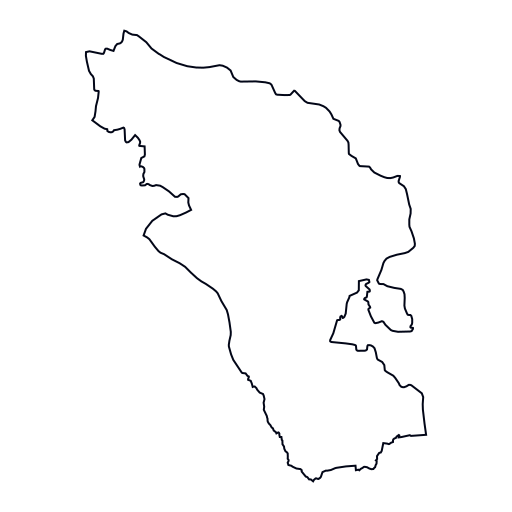 Nam Dan, Nghệ An, Vietnam (Robinson projection)
{"feature_id": "81297802B54877143810300", "entity_name": "Nam Dan", "entity_type": "district", "adm_level": 2, "iso_a3": "VNM", "parent_name": "Vietnam", "parent_adm1": "Nghệ An", "projection": "robinson", "projection_center": [105.532, 18.674], "detail": "fine", "context": "isolated", "style": "outline", "palette": "ink", "viewbox_px": 512, "rotation_deg": 0, "n_neighbors": 0, "source": "geoboundaries", "source_scale": "gbopen_adm2", "svg_char_len": 6041}
<svg xmlns="http://www.w3.org/2000/svg" viewBox="0 0 512 512"><path d="M86.0,52.1L85.9,55.9L86.9,61.7L89.0,70.8L90.8,74.0L92.9,76.3L93.8,78.6L94.2,89.3L94.7,90.3L95.7,90.8L98.5,91.0L98.7,91.7L98.0,98.1L96.0,106.1L95.5,111.3L94.6,116.9L92.3,120.3L100.3,126.3L104.6,128.7L107.2,129.2L107.4,131.0L108.7,131.9L110.4,132.3L111.8,132.2L112.8,131.7L113.6,130.9L114.0,130.2L117.3,129.7L120.1,128.9L123.4,127.6L124.1,128.0L124.6,129.5L125.1,140.3L125.8,141.8L126.6,142.4L128.5,142.1L131.4,139.7L135.1,135.1L137.8,137.7L139.4,140.0L140.1,141.5L140.1,142.9L139.2,145.3L139.4,145.9L144.6,146.4L144.9,154.5L144.4,156.4L141.3,158.0L139.5,164.5L139.6,165.5L140.0,166.6L140.4,166.3L141.6,166.4L143.1,167.1L144.1,168.1L144.4,169.0L144.4,172.0L143.4,173.9L143.2,175.8L143.3,176.6L144.2,179.3L144.1,180.4L143.6,181.6L143.1,182.2L140.6,182.9L140.1,183.6L140.3,184.8L140.8,185.3L141.9,185.5L145.0,185.3L146.7,184.0L147.7,183.9L149.0,184.4L149.7,185.0L152.4,186.0L154.1,185.8L156.1,185.1L160.1,185.7L162.7,187.1L169.0,191.4L175.0,196.8L177.2,196.9L178.2,196.5L180.8,194.3L183.1,194.0L184.6,194.2L188.5,198.1L188.3,202.5L189.0,205.4L191.1,209.9L185.9,212.6L180.0,215.2L176.6,216.2L173.4,216.3L167.7,214.7L165.4,213.4L161.5,214.4L152.3,220.8L146.0,228.8L143.6,235.5L147.1,237.4L149.3,239.1L154.8,246.7L158.5,251.1L160.5,252.7L164.1,254.2L171.9,259.3L179.6,263.2L185.1,266.8L191.0,272.7L197.0,278.2L201.4,281.4L205.8,283.9L212.9,288.7L216.1,291.4L217.7,293.3L221.4,301.1L226.7,310.0L228.0,314.4L229.5,322.5L230.8,331.9L230.7,335.1L229.4,340.8L228.8,344.9L228.9,346.6L231.1,354.4L233.3,359.9L241.6,372.4L242.3,373.0L245.6,373.4L247.5,375.9L248.8,376.5L248.8,377.2L248.1,379.0L248.1,379.8L250.7,380.8L251.8,383.5L252.7,386.9L253.4,386.6L254.7,386.5L256.4,388.1L257.2,389.7L259.7,392.6L263.0,394.0L263.7,395.6L264.5,399.1L263.6,402.7L264.2,406.7L263.8,409.8L266.8,416.0L267.1,417.6L267.5,418.6L267.6,421.0L267.9,421.9L268.9,423.6L270.3,425.0L271.7,427.5L272.9,428.3L273.7,430.5L275.9,432.2L276.4,433.4L278.3,432.4L278.6,432.5L279.1,433.1L279.4,433.8L279.3,434.7L279.8,437.0L281.4,437.0L281.8,439.9L282.4,440.6L282.5,444.3L284.0,446.5L284.3,448.8L285.5,451.3L286.8,452.2L287.7,453.4L287.8,456.8L287.7,458.8L288.5,459.8L288.6,460.3L288.5,461.1L287.7,462.6L287.8,463.1L288.4,465.0L291.5,465.8L292.4,466.6L296.4,468.5L300.5,469.1L301.7,470.2L301.7,471.6L305.8,476.6L306.9,476.9L307.5,477.3L309.1,479.4L310.8,479.4L313.1,481.3L313.9,479.9L315.5,478.5L316.0,478.3L318.2,479.0L318.7,478.9L319.5,478.1L320.1,477.9L320.9,476.8L322.5,472.1L325.9,470.6L327.1,470.7L330.9,470.0L335.3,468.1L336.6,467.8L346.0,466.4L355.5,465.7L355.9,470.2L358.4,469.7L359.3,470.3L360.7,468.9L362.4,468.0L363.9,466.9L364.7,466.8L367.0,467.2L369.3,468.5L371.4,469.2L373.4,469.0L374.1,468.0L375.1,467.2L375.7,465.0L376.5,463.7L376.7,461.0L375.9,460.4L377.1,459.0L377.0,456.1L379.2,452.9L380.8,452.5L381.7,450.9L383.3,443.1L387.1,443.6L388.8,444.1L389.3,444.0L391.1,442.7L393.0,442.0L393.0,440.3L393.3,439.4L394.5,438.4L395.8,438.0L396.6,436.6L398.8,435.0L399.3,435.4L398.8,437.4L401.7,437.0L409.8,435.2L411.0,435.9L426.1,434.8L424.5,423.4L422.9,409.7L422.7,404.2L423.2,397.1L421.8,393.3L411.4,385.3L410.2,384.9L408.7,384.9L406.5,386.3L404.1,387.2L402.9,387.2L401.3,386.8L399.6,385.1L398.8,383.2L395.2,377.9L393.3,375.7L387.2,372.2L385.5,371.0L384.8,370.2L384.3,365.1L382.2,362.0L377.8,359.6L377.4,359.1L376.9,358.0L375.8,352.3L374.5,348.2L372.9,346.5L370.9,345.4L369.2,345.1L367.9,345.2L367.4,346.0L367.0,349.5L365.9,350.4L364.9,350.7L357.8,350.8L356.8,350.3L356.3,349.6L356.0,346.1L355.8,345.5L355.0,345.0L352.3,344.3L345.7,343.4L331.4,342.0L330.5,341.6L330.1,341.1L330.2,340.0L333.3,333.3L337.0,320.6L337.3,320.1L339.6,319.9L340.2,319.4L340.2,317.4L340.5,316.5L341.6,315.9L342.0,316.3L342.7,317.9L343.3,317.8L344.3,316.9L345.7,313.6L346.7,303.9L347.1,302.3L349.3,297.4L349.6,295.9L357.0,292.6L358.8,290.3L358.9,281.1L366.5,279.4L368.9,279.9L369.4,282.0L368.7,282.7L366.1,284.0L365.6,284.8L365.5,285.6L365.8,286.1L369.5,289.4L369.8,290.2L369.8,291.2L369.5,291.6L367.4,291.8L366.9,296.4L366.6,297.3L364.8,298.1L364.3,298.7L364.2,299.4L367.9,301.5L368.3,302.1L368.5,304.5L370.0,306.7L370.2,307.6L368.8,308.6L368.4,309.1L368.4,309.9L370.9,316.3L374.3,322.7L375.1,323.1L375.8,323.1L378.2,322.6L381.9,321.2L383.4,321.8L385.4,324.8L390.8,330.0L392.5,330.8L398.0,331.8L410.1,331.5L411.6,331.1L413.0,328.8L412.9,327.9L410.7,327.6L410.4,327.2L410.5,326.2L411.8,324.5L412.2,322.9L412.2,319.1L411.3,315.9L410.4,315.0L408.9,315.0L407.7,314.7L407.0,313.5L404.9,308.5L404.4,305.6L404.7,297.9L404.5,294.2L403.6,291.5L402.7,289.9L400.8,288.9L394.3,287.9L387.3,286.2L383.5,284.1L380.0,284.0L378.9,283.6L377.2,280.3L377.4,279.3L381.4,269.9L383.4,263.1L384.5,261.0L386.5,258.6L389.7,256.9L396.9,254.7L404.8,253.1L408.3,251.9L413.3,247.8L414.7,246.0L414.9,243.8L413.9,238.4L411.5,231.3L409.5,226.8L409.3,224.7L409.3,219.4L410.6,213.5L410.7,208.9L409.2,204.5L407.0,193.9L405.8,189.1L403.9,186.2L399.2,183.1L398.7,182.2L398.6,181.1L400.0,176.7L399.9,176.0L397.4,175.9L393.2,177.5L390.4,178.1L387.2,178.0L384.3,177.2L380.6,175.7L374.3,172.5L371.1,169.4L370.1,167.6L369.0,166.6L359.9,166.1L359.3,165.7L358.0,164.0L355.8,158.4L351.5,155.9L349.0,154.0L348.8,153.2L348.6,144.7L348.4,142.5L347.5,140.8L340.0,131.9L339.4,130.2L339.6,128.3L340.5,126.0L340.5,124.8L339.6,122.0L338.7,120.9L333.4,118.8L331.4,114.4L329.6,111.5L326.0,107.8L323.4,106.2L319.2,104.5L307.5,102.8L304.7,101.1L294.9,90.9L294.1,90.7L290.4,94.7L289.6,95.0L284.8,95.1L277.2,94.7L276.0,94.3L275.1,92.8L271.5,84.8L270.8,84.1L269.7,83.3L265.3,82.3L255.8,81.4L240.7,81.6L239.1,81.2L236.6,79.9L233.3,77.0L230.6,70.5L227.0,67.6L222.7,65.7L219.5,65.2L209.4,67.1L203.2,67.7L196.1,67.5L187.2,66.2L176.6,63.0L163.9,57.0L159.7,54.3L158.8,53.9L151.5,48.5L146.3,42.2L138.9,36.4L137.0,35.1L132.3,34.6L128.7,33.0L126.6,31.4L124.3,30.7L123.5,33.6L122.8,39.7L122.0,41.6L121.1,42.6L119.9,43.4L117.2,44.0L115.4,46.1L113.5,50.9L110.4,50.0L107.3,48.7L105.8,48.7L105.1,49.3L104.0,52.8L103.3,53.8L101.6,53.8L89.5,51.3L86.0,52.1Z" fill="none" stroke="#020617" stroke-width="2"/></svg>